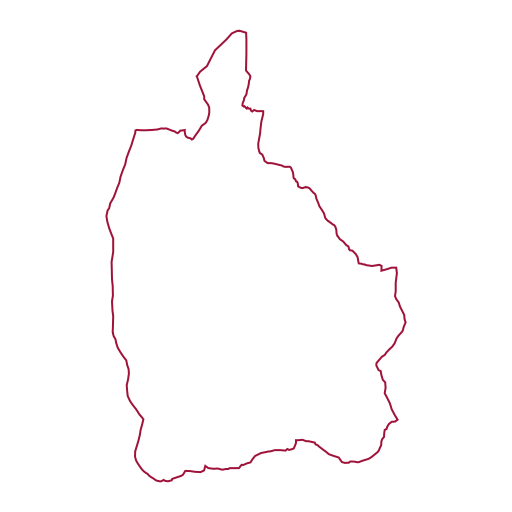 Tabora Urban, Tabora, United Republic of Tanzania (Mercator projection)
{"feature_id": "72390352B61754038708822", "entity_name": "Tabora Urban", "entity_type": "district", "adm_level": 2, "iso_a3": "TZA", "parent_name": "United Republic of Tanzania", "parent_adm1": "Tabora", "projection": "mercator", "projection_center": [32.813, -4.941], "detail": "fine", "context": "isolated", "style": "outline", "palette": "rose", "viewbox_px": 512, "rotation_deg": 0, "n_neighbors": 0, "source": "geoboundaries", "source_scale": "gbopen_adm2", "svg_char_len": 4665}
<svg xmlns="http://www.w3.org/2000/svg" viewBox="0 0 512 512"><path d="M135.3,131.0L135.4,132.3L133.2,139.2L131.3,145.5L128.8,151.8L126.6,157.8L125.2,164.4L122.6,170.8L120.5,176.9L119.3,182.8L117.2,187.8L115.1,193.7L113.5,197.7L110.2,203.4L109.2,208.1L107.6,210.5L106.4,216.1L107.4,222.0L109.2,228.2L111.3,233.8L113.2,238.5L113.2,252.0L111.6,261.9L111.8,270.4L112.0,279.4L112.7,286.0L112.9,295.7L112.0,301.3L112.5,310.8L113.2,316.2L112.9,327.1L112.7,332.0L112.9,333.1L113.0,333.1L113.0,333.3L113.6,336.0L115.5,339.3L116.2,343.1L116.3,343.3L117.6,347.4L120.2,351.9L123.5,356.8L126.3,360.4L127.2,365.1L128.6,369.1L128.9,373.6L128.6,375.6L128.1,379.3L126.7,385.2L127.2,391.3L127.7,396.0L130.0,401.0L132.6,404.8L136.3,409.5L139.4,414.4L140.9,416.2L141.0,416.2L143.4,419.2L142.3,423.9L140.6,430.0L139.9,434.7L138.5,440.4L137.1,445.1L135.2,451.3L135.0,456.5L136.1,460.5L138.0,463.8L140.1,466.9L142.0,469.5L143.9,471.4L145.7,472.8L147.6,473.9L148.8,475.4L150.9,477.0L153.0,478.2L155.6,480.1L157.2,480.8L159.8,481.3L161.2,481.3L163.7,479.9L164.9,480.8L168.0,481.3L171.7,480.3L172.2,478.9L176.9,477.3L181.1,475.9L183.0,474.7L185.3,470.9L190.3,471.1L194.9,471.8L200.6,472.1L204.1,470.4L205.3,465.9L208.3,468.1L213.7,468.8L217.5,468.5L222.4,469.7L225.9,469.0L228.3,469.0L229.7,468.1L239.0,468.1L241.6,464.8L243.3,465.0L246.8,463.4L250.5,462.4L252.4,459.4L255.0,456.0L261.1,453.0L266.3,452.0L267.7,451.6L270.7,451.3L274.9,450.1L280.1,450.1L285.5,450.6L287.4,449.0L289.0,449.9L291.3,449.4L293.7,448.5L295.1,445.4L296.0,442.8L296.0,440.2L298.2,440.2L302.6,439.8L306.1,441.2L308.5,441.2L314.8,442.6L315.5,444.3L317.6,445.2L319.5,446.9L322.5,449.2L326.3,452.0L328.9,454.2L333.3,455.8L338.7,457.5L341.8,462.0L344.8,462.9L348.8,462.7L350.2,461.5L352.3,461.5L354.9,461.7L357.0,462.2L358.7,462.2L361.7,461.0L363.8,460.3L368.5,458.9L371.3,457.2L374.4,454.7L377.4,452.3L378.8,450.6L379.8,448.0L381.2,445.2L381.4,441.4L382.1,439.3L384.0,436.9L384.2,433.4L384.7,429.9L386.6,428.9L387.3,426.6L388.9,424.0L391.7,421.8L395.0,421.6L397.6,419.7L395.0,415.5L391.7,409.3L389.9,403.4L387.0,397.5L384.7,393.3L385.6,387.8L385.2,382.4L382.8,379.8L381.4,375.1L380.7,371.1L378.6,370.1L376.3,365.4L376.5,363.0L381.9,356.7L384.7,355.0L386.6,352.2L389.4,349.3L392.4,346.5L394.8,343.0L396.4,338.7L398.3,335.9L400.2,333.8L402.5,331.2L403.0,329.7L403.7,326.9L405.6,322.4L404.6,319.4L404.2,314.9L399.9,306.4L398.8,302.6L396.4,299.3L395.0,296.2L395.7,291.5L395.7,282.8L396.9,273.1L396.2,267.7L391.5,267.7L385.8,269.5L381.4,270.7L381.6,266.0L379.5,264.8L372.0,266.0L371.5,265.9L365.9,265.1L364.7,264.4L363.7,264.5L361.2,263.7L358.8,263.4L358.5,262.4L357.7,257.8L357.6,257.3L356.6,255.4L356.0,254.4L355.5,253.8L352.4,250.7L349.8,250.2L349.4,249.4L349.1,249.2L348.4,246.4L346.3,245.2L343.3,241.6L343.2,241.5L339.9,239.2L337.5,235.9L337.3,235.8L337.3,235.6L336.6,233.8L336.3,229.7L335.2,226.4L333.8,224.8L332.8,224.5L331.0,223.0L329.5,222.1L329.4,221.7L328.4,221.1L328.0,221.0L325.6,218.5L325.1,217.4L324.0,213.4L322.9,211.6L322.7,211.2L319.2,205.9L318.6,203.9L316.3,198.4L315.7,195.4L315.0,194.0L313.6,192.9L312.0,191.2L309.5,188.3L307.8,187.4L306.9,187.4L305.8,187.0L305.6,187.4L304.5,187.4L302.7,188.1L301.4,188.0L299.3,187.1L298.1,186.3L297.8,183.5L297.2,181.8L296.0,181.3L295.2,179.2L294.2,178.6L293.6,178.0L293.3,174.7L292.9,172.3L291.6,169.2L290.9,167.6L289.6,166.7L285.7,166.9L283.4,166.5L282.1,165.6L277.2,164.4L273.6,163.5L270.8,163.1L267.6,163.1L264.5,160.9L263.7,157.7L262.7,155.6L262.4,154.7L259.8,153.0L259.7,152.2L259.3,151.7L258.4,148.0L258.2,143.9L258.8,140.4L260.1,133.4L260.4,129.7L261.3,121.9L263.2,114.0L263.2,111.2L260.6,111.1L257.3,111.2L254.1,110.0L252.2,111.5L250.9,110.5L250.4,108.6L248.8,108.6L247.5,107.5L246.8,108.6L246.1,108.1L244.3,106.1L243.6,106.5L242.4,105.5L242.7,103.1L243.9,100.2L244.3,97.7L245.6,95.8L246.5,94.0L246.8,91.7L247.2,89.8L248.0,87.6L248.8,83.8L249.1,80.8L250.0,78.8L250.4,76.3L249.1,74.1L247.5,72.3L246.1,70.6L246.0,70.3L246.4,54.1L246.4,39.3L246.1,32.7L239.3,30.7L238.9,31.1L237.6,30.8L235.9,31.5L231.8,33.4L226.5,39.4L215.0,50.3L212.9,54.4L206.9,66.2L205.7,67.1L200.1,71.7L197.0,76.1L196.7,76.3L197.2,77.3L199.7,85.0L204.2,96.3L204.2,99.2L206.3,102.2L208.0,104.6L209.2,107.5L209.3,112.1L209.0,114.5L208.3,117.1L207.3,120.2L205.6,123.0L201.8,125.7L200.1,128.6L198.6,131.0L195.0,136.0L193.2,138.8L191.8,139.5L190.7,138.4L187.6,137.6L186.1,136.5L185.4,135.2L185.0,133.4L184.6,130.8L184.7,130.0L182.0,130.5L180.3,130.6L178.7,132.4L177.6,133.1L175.9,132.4L174.7,131.4L172.4,130.8L169.7,129.7L166.2,128.4L163.3,128.6L161.4,128.4L157.4,129.5L151.5,130.0L144.8,130.3L139.9,130.2L136.8,129.9L135.5,130.4L135.3,131.0Z" fill="none" stroke="#9f1239" stroke-width="2"/></svg>